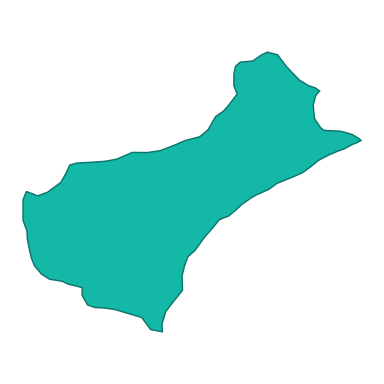 Yardymli District, Yardımlı, Azerbaijan
{"feature_id": "54616110B63590673188827", "entity_name": "Yardymli District", "entity_type": "district", "adm_level": 2, "iso_a3": "AZE", "parent_name": "Azerbaijan", "parent_adm1": "Yardımlı", "projection": "albers", "projection_center": [48.274, 38.907], "detail": "fine", "context": "isolated", "style": "filled", "palette": "teal", "viewbox_px": 384, "rotation_deg": 0, "n_neighbors": 0, "source": "geoboundaries", "source_scale": "gbopen_adm2", "svg_char_len": 1323}
<svg xmlns="http://www.w3.org/2000/svg" viewBox="0 0 384 384"><path d="M319.6,91.0L315.6,88.1L308.4,85.6L299.5,80.2L293.6,74.2L286.4,66.5L277.5,54.8L267.5,52.2L261.4,55.0L252.7,61.0L240.2,62.2L235.6,66.2L233.9,73.9L233.9,78.3L233.9,85.7L237.1,94.2L228.3,105.6L223.6,111.0L215.6,116.6L208.1,129.7L201.9,135.1L199.2,136.9L184.7,140.7L175.7,144.7L160.4,150.6L147.1,152.6L132.3,152.4L116.6,159.2L105.2,161.3L91.1,162.3L76.8,163.1L69.7,165.1L66.5,172.4L60.9,182.4L52.1,188.8L47.8,192.1L37.8,195.9L26.9,191.7L26.3,191.7L23.1,199.7L23.1,209.4L23.0,220.0L27.0,231.2L27.4,239.4L29.5,250.0L31.3,257.8L34.4,265.6L41.4,274.0L49.5,279.2L61.9,281.2L68.6,284.2L77.2,286.3L82.2,287.7L82.1,295.3L87.5,304.9L94.9,307.5L103.4,307.9L114.8,309.5L129.7,313.9L141.8,317.5L150.6,329.5L162.4,331.8L161.9,324.1L165.7,311.7L172.7,302.4L177.5,296.6L182.5,290.2L182.1,275.6L184.3,266.6L187.8,256.8L194.8,250.6L199.2,244.6L205.1,236.4L210.9,230.0L219.5,219.5L228.8,215.9L236.7,209.3L241.7,204.5L252.0,197.3L256.8,194.7L268.9,189.3L276.7,183.5L295.3,175.9L302.5,172.7L311.0,166.5L318.3,160.5L328.0,155.3L337.4,151.3L344.9,148.5L352.0,144.6L356.2,143.0L361.0,140.5L359.8,139.2L352.2,134.5L341.5,131.4L338.4,131.1L323.9,130.4L320.7,127.8L314.7,118.9L314.2,116.1L313.2,105.1L315.7,95.5L319.6,91.0Z" fill="#14b8a6" stroke="#0f766e" stroke-width="1.5"/></svg>